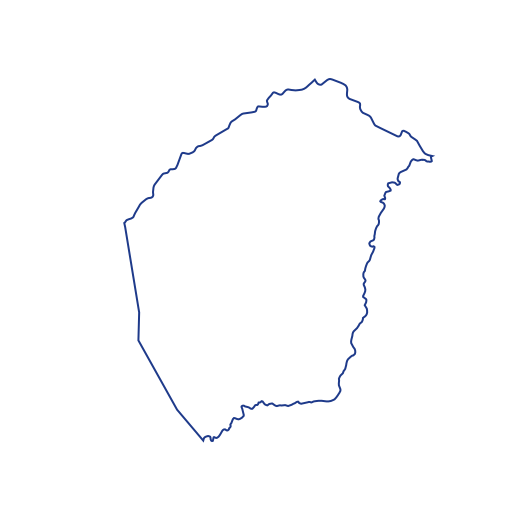 outline of Unión Cantinil, Huehuetenango, Guatemala, rotated 109°
{"feature_id": "79465075B38315595445593", "entity_name": "Unión Cantinil", "entity_type": "district", "adm_level": 2, "iso_a3": "GTM", "parent_name": "Guatemala", "parent_adm1": "Huehuetenango", "projection": "albers", "projection_center": [-91.745, 15.587], "detail": "fine", "context": "isolated", "style": "outline", "palette": "blue", "viewbox_px": 512, "rotation_deg": 109, "n_neighbors": 0, "source": "geoboundaries", "source_scale": "gbopen_adm2", "svg_char_len": 6078}
<svg xmlns="http://www.w3.org/2000/svg" viewBox="0 0 512 512"><g transform="rotate(109 256 256)"><path d="M447.7,245.8L445.9,245.9L444.8,245.8L443.9,245.3L442.9,244.3L441.8,242.7L441.7,241.6L441.8,240.5L442.7,239.8L444.1,239.2L445.1,238.3L445.3,237.4L444.9,236.7L443.9,236.7L442.0,237.0L441.2,237.0L440.9,236.7L441.0,235.6L441.0,234.4L440.6,233.7L439.7,233.0L438.9,232.5L438.3,232.3L436.6,231.8L432.0,230.9L431.2,230.5L430.3,229.7L430.0,228.7L430.4,227.3L430.4,226.5L429.9,225.8L428.8,225.2L427.6,225.3L426.6,224.7L425.6,224.5L424.8,224.7L424.0,225.3L423.3,225.3L422.0,224.9L418.7,224.8L417.7,224.7L416.4,224.1L416.2,223.3L416.3,220.7L416.1,219.3L415.3,218.2L413.6,216.7L411.2,215.6L410.3,215.8L404.9,219.3L403.4,220.6L402.7,220.6L402.0,220.0L401.6,219.3L401.5,218.6L401.8,217.5L401.5,214.3L401.6,212.9L402.0,211.7L402.0,210.7L401.6,209.7L399.3,208.7L398.1,208.4L397.3,208.1L396.7,207.2L396.5,206.4L395.8,205.9L395.1,205.8L393.7,205.8L393.3,204.8L392.8,204.1L391.5,203.5L391.4,203.0L391.4,202.4L393.1,199.9L393.4,199.3L393.6,197.7L393.5,196.6L391.6,195.3L390.7,193.7L390.2,192.8L390.2,192.4L391.0,189.8L391.2,188.6L391.1,187.4L389.6,185.2L389.3,184.5L389.1,183.3L387.5,179.9L387.4,176.8L385.1,173.9L383.6,172.6L382.5,171.3L381.0,170.2L380.3,169.4L380.0,168.5L380.8,167.7L381.0,166.8L381.0,165.2L377.5,159.5L376.8,158.5L376.5,157.6L376.5,156.1L375.9,155.3L374.9,154.3L374.3,153.3L373.6,151.9L372.5,149.6L371.5,146.6L370.5,141.9L369.8,140.0L368.7,138.0L367.2,136.3L366.0,135.1L363.7,134.1L361.4,133.4L358.2,132.6L356.0,132.3L354.5,132.8L351.3,135.5L349.5,136.2L347.4,136.7L346.4,137.0L345.2,137.6L344.1,137.6L342.4,137.4L341.3,137.1L338.6,135.7L336.4,135.7L335.2,135.3L333.7,134.9L329.8,135.2L328.3,135.5L326.3,135.7L325.1,135.7L323.5,135.3L320.3,133.6L318.8,132.5L318.3,131.6L316.3,130.6L314.6,130.8L313.0,131.5L311.7,132.5L310.4,134.4L307.4,137.6L305.7,138.3L303.9,138.6L300.2,138.9L298.3,139.3L296.7,139.4L295.2,139.0L291.3,137.0L288.2,136.2L286.2,135.9L284.0,134.5L282.4,134.3L280.7,134.4L279.8,134.7L278.8,134.1L277.7,133.3L276.2,132.6L274.9,132.4L273.3,132.5L271.4,133.2L269.7,134.1L267.1,137.2L264.1,136.8L262.3,137.1L261.5,137.4L260.9,138.0L259.8,141.4L258.9,141.7L255.6,141.3L253.6,141.3L251.9,141.8L250.2,142.9L248.4,144.6L247.4,145.1L246.0,144.9L245.2,144.6L244.5,144.4L243.5,144.5L243.0,144.9L242.3,145.7L241.4,147.0L240.4,147.8L238.3,148.6L237.0,148.8L236.0,148.7L234.6,148.2L232.1,148.6L229.6,148.7L227.2,148.6L225.8,148.4L223.9,147.4L222.5,147.1L218.8,147.3L217.4,147.3L213.8,146.7L210.0,146.6L209.1,146.8L208.8,147.0L208.6,147.7L208.6,148.2L209.3,149.0L209.4,150.3L209.1,151.5L208.1,152.4L207.1,153.0L206.0,152.8L204.9,152.4L203.0,150.3L202.1,149.8L200.8,149.9L199.7,150.1L198.7,150.6L196.7,150.8L194.0,151.4L192.6,151.5L190.5,151.5L188.3,151.2L187.1,150.6L186.0,150.4L184.4,150.6L183.4,150.9L182.2,151.4L181.3,152.2L180.5,152.5L178.8,152.7L174.6,152.0L169.5,150.5L168.0,150.4L166.6,150.6L165.7,151.2L164.8,152.1L164.3,153.3L164.2,155.7L163.8,156.3L163.0,156.2L161.9,155.5L160.7,154.3L160.6,153.2L160.3,152.6L159.2,152.7L157.2,154.3L154.1,154.2L153.2,153.9L152.5,152.9L151.7,151.6L150.9,150.6L150.3,150.0L149.4,150.3L148.2,151.7L147.6,152.9L147.1,153.9L146.3,154.4L145.2,154.7L144.2,154.6L142.0,151.3L141.5,148.8L141.8,147.7L142.2,147.0L142.7,145.9L142.7,145.3L141.5,143.9L140.8,143.6L139.9,143.7L139.4,143.9L139.0,144.9L139.1,145.5L138.2,146.4L137.1,147.2L136.0,147.4L131.9,147.7L130.8,147.4L129.5,146.5L125.2,141.9L123.2,141.2L122.2,141.1L120.8,140.5L116.7,140.4L115.8,140.2L114.3,139.6L113.3,138.8L113.2,137.9L113.3,136.0L113.2,134.2L112.6,133.1L112.0,132.3L110.8,130.2L110.9,129.6L110.4,128.7L110.3,127.4L110.5,126.6L110.9,125.8L110.9,124.7L110.5,123.7L110.3,122.2L109.7,121.1L109.1,120.7L108.6,120.9L106.3,122.4L105.5,122.8L104.8,122.6L104.1,121.9L104.5,125.7L104.5,126.6L104.3,128.8L104.0,129.9L102.6,132.2L98.4,137.2L94.7,141.3L94.0,143.4L92.8,147.9L92.3,148.9L91.0,150.4L90.6,150.9L90.2,152.3L89.7,154.8L89.5,157.0L89.7,157.6L90.0,158.0L90.5,158.4L94.6,158.6L95.2,158.8L95.9,159.2L96.5,159.9L96.8,161.2L94.5,180.4L93.8,185.6L93.3,186.5L92.5,187.5L88.0,192.1L87.3,193.0L86.6,194.5L86.3,196.4L85.8,201.6L85.0,203.2L83.3,205.1L82.6,205.6L81.2,206.3L79.3,206.7L78.0,207.3L77.7,207.8L77.3,208.9L77.2,210.5L77.0,218.8L76.4,220.5L75.8,221.3L75.0,222.0L73.7,222.6L72.0,223.1L69.9,223.6L68.6,224.0L67.0,225.0L66.2,225.9L65.5,226.9L64.9,229.4L64.6,232.1L64.3,241.2L64.4,242.9L64.6,243.8L65.3,244.9L66.5,246.0L67.9,246.9L72.5,249.8L72.9,250.3L73.2,251.1L73.3,252.3L73.1,253.6L72.7,254.5L71.7,255.9L70.1,257.8L74.1,259.9L77.0,261.6L78.9,262.6L80.6,263.6L82.3,265.0L83.8,266.8L85.2,269.6L86.5,272.4L87.5,276.5L88.0,279.6L88.4,280.5L89.0,281.2L89.8,281.9L91.3,282.6L94.2,283.8L94.8,284.3L95.3,284.9L95.6,286.0L95.6,287.6L95.3,290.1L95.3,291.5L95.4,292.2L95.8,292.8L96.2,293.1L99.4,294.1L102.3,295.4L103.3,295.7L105.0,296.2L105.7,296.2L106.6,295.7L107.7,294.8L108.4,294.3L109.0,294.2L109.7,294.2L110.7,294.4L111.4,295.0L111.9,295.9L112.8,298.4L113.7,302.3L114.0,302.8L114.7,303.1L116.2,303.3L118.5,303.2L119.2,303.4L120.0,304.1L121.7,307.0L125.4,314.3L126.2,315.4L127.8,316.6L133.7,320.3L136.5,322.6L137.6,323.2L138.7,323.5L141.3,323.7L143.0,323.7L144.0,323.8L144.5,324.0L145.8,325.2L155.0,333.1L156.0,333.8L157.0,334.3L158.3,334.5L159.6,334.8L160.7,335.5L168.6,342.6L169.5,343.7L170.2,344.7L170.7,345.8L171.4,346.7L172.5,347.4L173.6,347.9L175.9,348.2L177.0,348.5L178.6,349.6L181.1,352.4L181.6,353.5L181.9,355.9L182.0,357.3L182.3,358.7L182.6,359.1L183.1,359.5L184.1,359.7L195.4,359.9L198.8,360.3L199.6,360.7L200.2,361.3L201.2,363.2L201.8,365.0L202.6,365.8L204.9,366.2L205.6,366.5L206.2,366.9L208.1,370.1L208.7,370.7L210.0,371.3L221.6,375.1L223.1,375.3L224.7,375.2L229.1,374.2L231.7,373.0L232.3,372.9L233.5,373.0L234.5,373.6L235.2,374.4L236.3,376.6L237.1,377.5L238.1,378.4L242.4,381.1L243.5,381.7L245.2,382.4L248.0,382.9L254.4,384.2L256.9,384.5L258.8,384.6L259.6,384.9L260.8,385.9L261.5,386.6L262.3,387.8L263.9,389.7L264.6,390.2L267.1,390.9L267.7,391.3L271.3,389.1L347.4,348.1L374.1,339.7L427.0,280.6L447.7,245.8Z" fill="none" stroke="#1e3a8a" stroke-width="2"/></g></svg>